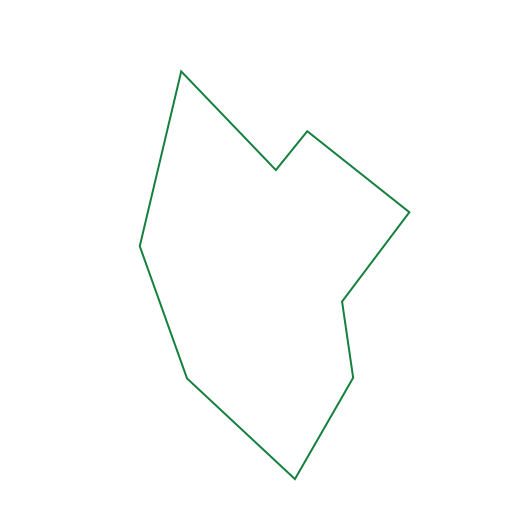 outline of Takamaka, rotated 43°
{"feature_id": "SYC-5220", "entity_name": "Takamaka", "entity_type": "state/province", "adm_level": 1, "iso_a3": "SYC", "parent_name": "Seychelles", "parent_adm1": "", "projection": "albers", "projection_center": [55.519, -4.787], "detail": "fine", "context": "isolated", "style": "outline", "palette": "green", "viewbox_px": 512, "rotation_deg": 43, "n_neighbors": 0, "source": "natural_earth", "source_scale": "10m", "svg_char_len": 284}
<svg xmlns="http://www.w3.org/2000/svg" viewBox="0 0 512 512"><g transform="rotate(43 256 256)"><path d="M338.3,119.4L350.0,230.6L410.1,278.8L436.6,392.6L289.1,392.6L164.3,328.1L75.4,172.0L211.9,179.6L208.4,129.8L338.3,119.4Z" fill="none" stroke="#15803d" stroke-width="2"/></g></svg>